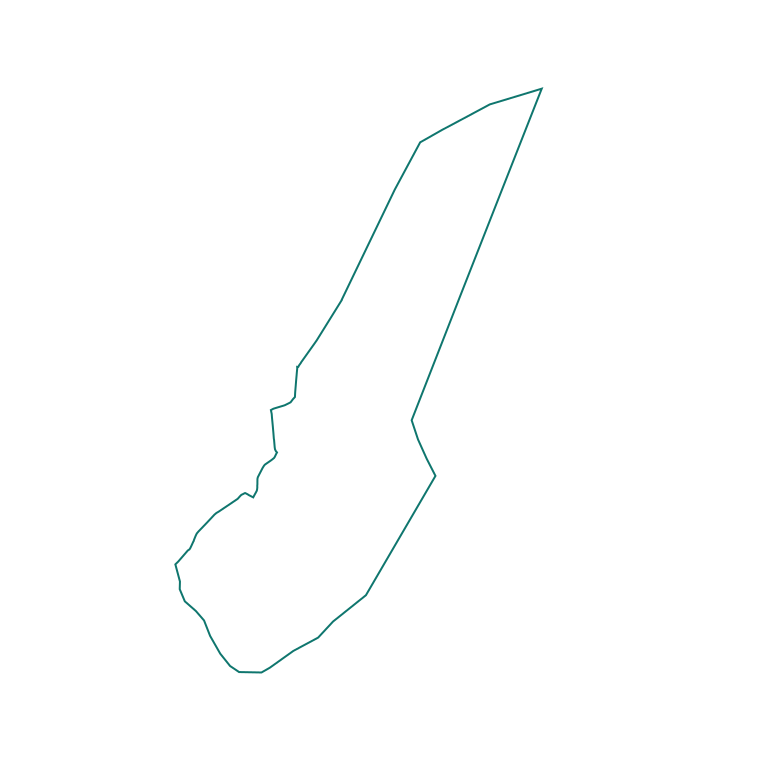 Burg Al-Arab City, Al Iskandariyah, Egypt (Robinson projection), rotated 332°
{"feature_id": "37247803B47778858868079", "entity_name": "Burg Al-Arab City", "entity_type": "district", "adm_level": 2, "iso_a3": "EGY", "parent_name": "Egypt", "parent_adm1": "Al Iskandariyah", "projection": "robinson", "projection_center": [29.584, 30.899], "detail": "fine", "context": "isolated", "style": "outline", "palette": "teal", "viewbox_px": 768, "rotation_deg": 332, "n_neighbors": 0, "source": "geoboundaries", "source_scale": "gbopen_adm2", "svg_char_len": 1678}
<svg xmlns="http://www.w3.org/2000/svg" viewBox="0 0 768 768"><g transform="rotate(332 384 384)"><path d="M386.2,289.8L386.2,290.0L345.2,313.8L341.1,315.9L334.9,319.0L320.9,326.0L320.4,326.4L317.9,327.6L316.8,328.3L316.3,328.7L316.2,328.7L315.4,328.1L314.6,329.7L313.9,330.7L311.6,334.2L311.1,335.0L308.1,339.6L305.1,344.3L301.7,349.6L299.6,353.1L299.2,353.7L296.4,354.7L293.4,356.1L293.1,356.2L292.9,356.3L290.7,356.3L287.5,356.2L286.7,356.2L285.4,356.0L277.9,354.5L274.7,353.9L274.0,353.9L271.9,353.9L270.8,357.7L269.4,360.9L266.2,368.6L263.1,375.9L261.0,380.7L260.8,381.5L257.8,388.5L257.1,390.5L257.0,392.6L257.4,394.2L256.3,394.9L253.3,397.1L252.2,397.7L250.2,398.1L248.4,398.4L247.6,398.5L243.3,399.0L240.9,399.3L239.5,399.9L237.3,401.2L231.8,405.0L228.8,407.1L228.2,407.8L227.7,408.4L226.2,411.1L225.2,413.0L224.4,414.2L223.6,415.8L222.6,417.3L221.6,418.5L219.4,420.0L218.1,420.8L215.3,422.7L212.4,418.5L211.9,417.5L210.3,415.2L210.1,415.1L209.9,415.0L207.5,415.0L206.1,414.9L204.4,415.4L200.9,416.7L178.0,419.1L175.4,419.2L174.2,419.5L173.1,419.7L166.7,421.9L162.0,423.5L151.0,427.1L148.5,428.1L147.7,428.7L147.1,429.1L145.6,430.3L143.1,432.4L142.2,433.3L142.0,433.5L141.7,433.6L138.3,436.2L136.0,437.9L134.6,438.7L132.6,438.9L118.9,444.2L115.1,445.3L111.1,462.6L107.3,469.3L106.1,482.4L111.3,496.1L114.1,508.3L112.2,524.8L112.8,545.2L115.7,560.7L120.8,570.3L140.4,581.2L150.0,580.9L167.4,578.6L178.8,577.1L206.8,577.0L227.5,569.8L268.9,562.0L386.3,489.3L386.6,470.0L388.0,448.9L391.4,429.0L399.2,422.3L491.4,343.1L575.1,271.5L661.9,197.3L608.7,186.8L575.1,186.9L554.7,186.9L529.4,187.6L484.8,217.4L386.2,289.8Z" fill="none" stroke="#0f766e" stroke-width="2"/></g></svg>